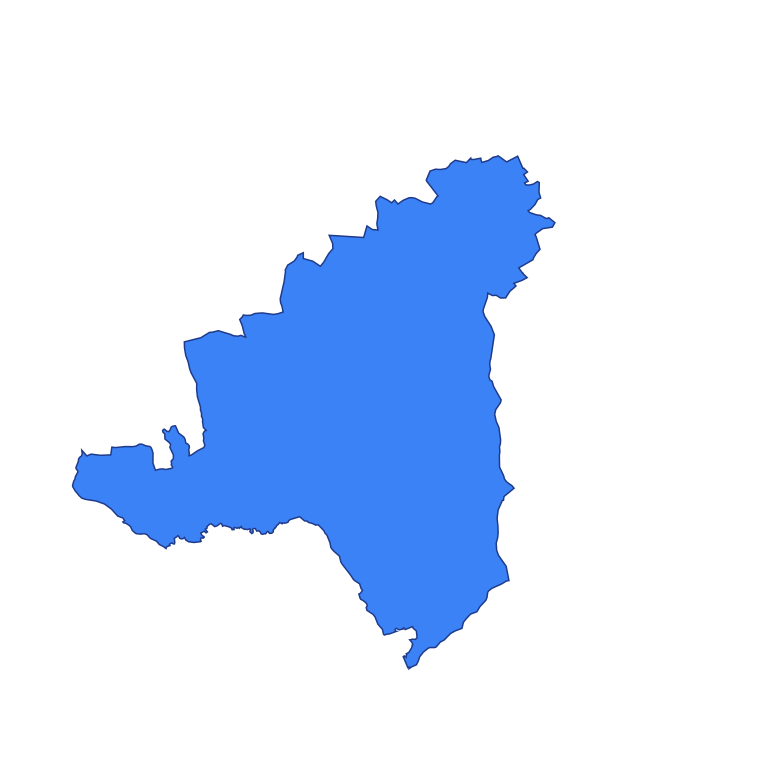 Los Palmitos, Sucre, Colombia, rotated 304°
{"feature_id": "7082276B95159519870564", "entity_name": "Los Palmitos", "entity_type": "district", "adm_level": 2, "iso_a3": "COL", "parent_name": "Colombia", "parent_adm1": "Sucre", "projection": "orthographic", "projection_center": [-75.243, 9.42], "detail": "fine", "context": "isolated", "style": "filled", "palette": "blue", "viewbox_px": 768, "rotation_deg": 304, "n_neighbors": 0, "source": "geoboundaries", "source_scale": "gbopen_adm2", "svg_char_len": 6159}
<svg xmlns="http://www.w3.org/2000/svg" viewBox="0 0 768 768"><g transform="rotate(304 384 384)"><path d="M123.6,244.6L123.3,245.7L124.2,248.0L124.3,251.8L123.9,253.8L121.8,257.3L121.3,261.1L121.4,262.3L123.4,266.1L125.9,269.0L126.6,271.8L125.4,276.7L126.5,283.2L125.3,287.5L125.9,292.3L125.7,295.3L127.7,294.9L130.4,296.9L131.0,295.8L131.8,295.9L133.7,297.0L133.5,298.2L134.2,299.7L135.6,299.2L138.8,296.5L141.8,297.8L142.9,297.8L143.0,298.8L141.9,300.9L142.2,302.4L143.1,303.7L145.2,304.4L143.8,306.9L143.9,310.1L146.3,315.0L150.9,320.3L151.3,320.3L151.3,319.6L151.9,319.7L152.9,318.5L153.8,318.3L154.5,318.8L155.0,320.3L156.5,320.6L156.9,320.0L156.6,318.1L157.9,315.4L161.4,317.2L161.1,319.7L162.7,320.3L163.7,317.0L165.7,317.9L166.8,316.9L170.7,318.0L171.5,319.1L171.1,323.4L173.0,324.9L176.9,326.3L177.4,327.5L175.8,329.7L177.2,330.5L179.0,335.7L179.3,338.7L178.4,339.1L178.3,339.7L179.5,341.1L180.6,340.1L181.6,340.4L182.3,342.9L183.8,343.8L183.5,344.7L185.8,345.3L185.2,345.8L185.4,349.5L185.9,349.7L186.8,352.0L189.0,353.8L188.5,354.6L186.6,355.4L186.1,358.1L187.2,358.5L188.7,358.1L189.8,356.3L191.2,356.7L192.2,358.1L190.9,360.8L192.4,362.4L191.8,364.9L191.1,365.7L191.5,367.5L192.9,368.4L193.6,369.7L195.6,369.6L196.9,370.1L196.1,372.6L197.5,374.4L199.4,374.9L201.5,373.7L203.3,374.4L204.1,373.9L205.2,374.5L206.6,374.1L207.7,374.7L210.9,375.1L211.1,377.7L212.3,377.7L212.8,379.1L214.5,380.9L215.8,381.7L217.4,381.4L219.4,382.2L226.8,388.3L226.1,394.7L227.3,396.8L227.0,398.8L228.3,402.4L228.8,406.3L230.0,407.4L230.4,408.7L228.8,416.1L227.3,418.7L226.8,421.2L222.1,428.1L218.9,431.2L218.1,432.9L217.4,435.5L216.4,443.3L212.4,447.7L211.3,449.9L207.0,462.9L205.0,467.7L204.6,469.3L204.7,475.5L201.5,479.6L201.0,481.5L197.4,481.5L195.8,480.6L192.9,484.2L192.5,485.0L192.8,488.3L192.4,492.0L190.9,494.2L188.8,494.2L186.8,496.5L186.9,503.6L185.9,506.8L181.5,513.2L179.7,519.9L176.2,523.6L176.2,524.8L178.1,526.2L179.9,528.3L186.0,532.7L185.5,531.5L186.3,530.5L188.2,530.7L188.8,534.2L191.6,536.8L192.0,536.4L192.9,536.8L192.3,538.9L198.8,543.3L197.8,544.8L197.4,548.9L192.3,553.2L189.9,552.9L188.1,549.9L187.1,549.4L186.3,548.4L185.3,551.8L183.9,553.7L183.5,553.4L180.9,554.4L175.4,554.7L172.7,553.3L172.2,554.3L170.9,554.3L170.1,555.0L170.2,554.2L169.4,553.6L169.8,552.8L168.7,552.4L161.8,563.0L162.8,562.4L163.4,563.4L162.1,564.0L164.8,565.0L169.4,567.9L173.8,567.3L177.6,566.1L183.5,566.5L189.5,568.3L191.0,569.2L193.7,573.2L195.1,574.3L201.6,575.0L205.6,577.1L214.5,578.7L219.3,581.2L225.0,585.3L230.8,583.1L234.3,583.3L241.6,584.4L247.2,588.4L253.1,588.0L261.6,589.4L264.5,588.8L269.2,586.5L270.9,586.4L274.9,587.7L284.2,593.4L289.1,595.6L290.9,597.5L301.2,587.2L305.9,574.9L309.0,570.5L314.8,566.0L320.1,564.2L324.0,562.1L329.4,558.3L335.7,553.0L343.3,549.1L353.8,547.2L354.4,548.1L357.8,546.4L370.3,550.1L371.2,547.2L371.4,540.7L372.0,538.6L372.7,536.9L374.9,534.4L379.7,526.3L389.1,519.7L393.0,517.7L396.4,514.9L399.3,514.0L402.8,512.0L412.2,503.6L415.7,498.0L420.8,492.7L425.1,491.0L433.7,491.0L436.3,490.0L443.2,476.3L446.7,472.1L446.7,469.4L448.6,467.0L450.2,465.9L455.7,464.1L459.0,461.0L461.9,459.2L464.8,458.3L486.5,448.0L491.7,440.5L496.2,430.0L499.2,425.8L501.6,424.5L513.6,421.3L517.3,419.2L518.0,424.5L520.3,427.4L520.5,432.6L523.4,436.7L531.3,436.5L539.1,438.6L540.0,435.4L547.0,440.4L552.2,443.2L553.2,437.5L553.6,437.4L553.5,436.6L555.6,430.8L570.3,438.0L572.4,437.4L577.3,437.2L582.9,438.0L591.3,427.6L592.2,425.7L594.3,425.9L601.6,428.7L608.2,435.9L613.3,435.5L614.0,427.7L612.2,426.4L611.8,425.0L611.3,419.4L609.4,415.6L607.6,408.9L608.2,406.6L610.6,407.7L617.3,408.8L623.0,408.3L625.8,409.9L629.5,405.4L637.8,400.1L637.7,398.0L633.2,396.0L630.3,393.3L628.4,390.4L629.3,388.1L632.7,390.1L635.7,382.7L640.0,384.4L641.1,379.3L640.4,378.6L647.6,367.4L636.7,361.5L637.0,351.0L635.3,350.0L633.1,347.7L627.6,345.5L622.5,341.3L623.3,339.9L625.3,337.9L620.4,333.0L618.9,330.6L619.8,329.6L613.6,328.5L609.3,317.9L603.9,316.0L600.5,316.0L597.3,315.0L593.3,310.7L590.8,306.5L586.3,303.1L576.7,305.0L576.1,305.7L570.1,323.7L568.5,323.1L561.5,323.1L559.3,322.0L556.4,314.2L555.4,305.9L553.7,302.3L552.2,300.5L546.7,297.0L541.0,294.9L542.4,289.8L538.5,289.0L538.5,283.5L537.4,275.9L530.8,275.0L527.3,278.0L522.9,283.0L518.2,285.9L512.8,288.5L508.3,292.9L505.5,287.9L505.5,281.5L494.1,285.2L476.6,255.4L472.0,262.6L467.6,266.0L461.2,265.2L451.5,265.9L446.0,265.4L446.0,256.3L442.9,247.0L447.7,243.7L442.5,240.5L440.4,241.0L435.7,240.8L428.8,237.7L423.5,238.3L421.8,239.6L412.9,244.0L396.6,250.3L393.6,252.8L391.6,255.7L387.3,260.1L382.9,256.7L379.9,253.5L374.9,243.4L370.4,237.7L366.4,235.0L363.7,231.3L362.6,228.8L360.4,229.0L356.8,228.3L353.0,234.0L347.5,240.0L345.7,243.1L345.0,241.8L344.4,238.3L341.9,236.1L339.9,232.4L339.3,229.0L335.5,216.8L330.7,212.5L329.3,210.5L320.0,206.3L307.3,194.9L302.4,198.4L296.8,203.7L292.7,209.4L288.1,214.2L285.6,217.5L279.8,228.4L275.0,231.5L268.9,236.6L262.4,244.6L259.8,246.4L257.9,248.9L255.0,250.9L253.7,253.2L251.5,254.5L246.9,258.6L246.1,262.5L244.5,261.5L241.6,261.8L238.5,264.8L235.9,266.1L233.0,269.7L230.6,270.2L224.5,266.8L217.2,263.9L215.5,262.5L217.2,261.7L220.6,258.7L222.5,258.2L223.8,257.1L224.5,255.0L224.2,252.8L227.0,249.9L228.1,247.7L228.5,241.1L232.7,234.5L232.5,234.1L230.6,232.2L229.1,231.7L226.0,232.4L224.1,232.1L223.4,230.2L223.8,227.3L222.9,226.5L221.5,226.6L220.5,227.6L220.0,230.1L215.9,233.2L215.3,238.9L214.8,240.5L214.0,241.2L211.7,241.9L207.4,249.1L204.4,251.0L203.2,251.2L201.8,250.6L200.6,251.0L199.5,252.3L198.0,252.8L196.9,255.3L195.6,255.3L191.0,250.8L190.2,248.6L188.4,246.0L184.7,242.7L189.2,236.7L197.6,231.1L200.1,228.0L201.2,226.0L201.2,224.7L199.6,221.2L198.7,216.8L197.3,214.8L193.9,213.2L191.5,210.7L187.6,204.7L181.2,197.0L179.5,193.7L172.4,197.1L166.2,188.6L162.1,180.4L158.2,177.9L160.1,170.5L157.0,173.1L154.9,173.4L152.9,172.7L151.2,172.7L148.5,174.0L142.4,175.3L141.3,176.7L140.8,178.6L139.9,179.4L134.3,180.0L132.6,180.9L129.6,181.2L125.6,182.6L124.7,183.6L122.7,187.8L121.0,193.5L120.4,197.3L121.4,200.9L125.9,210.6L128.2,219.3L127.9,227.7L125.6,237.2L126.9,242.3L125.7,245.5L123.6,244.6Z" fill="#3b82f6" stroke="#1e3a8a" stroke-width="1.5"/></g></svg>